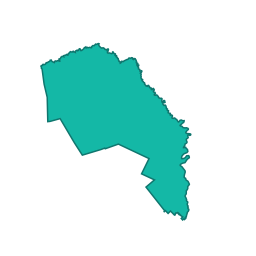 outline of Acuña, Coahuila, Mexico, rotated 46°
{"feature_id": "50627088B18038735195258", "entity_name": "Acuña", "entity_type": "district", "adm_level": 2, "iso_a3": "MEX", "parent_name": "Mexico", "parent_adm1": "Coahuila", "projection": "albers", "projection_center": [-102.149, 29.425], "detail": "fine", "context": "isolated", "style": "filled", "palette": "teal", "viewbox_px": 256, "rotation_deg": 46, "n_neighbors": 0, "source": "geoboundaries", "source_scale": "gbopen_adm2", "svg_char_len": 5635}
<svg xmlns="http://www.w3.org/2000/svg" viewBox="0 0 256 256"><g transform="rotate(46 128 128)"><path d="M183.0,156.1L212.9,159.1L213.4,160.7L213.4,158.5L217.3,158.5L217.3,155.1L222.7,155.1L222.6,154.5L223.1,154.5L222.4,152.4L223.0,152.0L223.0,151.7L223.3,150.9L224.1,150.8L224.3,151.2L224.9,150.9L225.0,151.4L225.8,151.4L225.8,151.0L226.9,151.0L226.8,150.7L228.5,150.7L230.0,150.4L230.0,152.5L232.1,152.6L232.1,151.1L233.1,151.0L233.1,149.1L233.0,148.9L232.3,149.2L232.2,149.0L232.1,148.2L232.3,147.6L231.9,147.2L230.3,144.4L229.9,144.0L229.7,142.2L229.2,141.1L228.5,140.7L228.0,140.9L227.7,140.8L227.1,140.5L227.0,140.0L226.1,139.7L225.9,139.0L224.9,138.9L223.7,138.2L223.3,137.0L222.6,136.4L221.1,136.5L220.4,136.0L220.2,135.6L218.1,134.7L217.0,134.5L216.5,134.1L216.1,133.4L216.1,132.7L215.7,131.7L213.7,129.7L213.5,129.2L213.6,128.4L213.0,127.0L211.6,125.7L211.3,123.3L211.1,122.9L208.5,122.0L207.9,121.9L205.9,122.3L205.4,122.2L204.2,121.5L202.9,121.9L202.4,121.8L200.9,120.0L199.4,117.4L198.4,116.7L193.3,116.1L191.3,116.5L190.8,116.1L190.7,115.3L191.0,113.9L191.4,112.9L192.5,111.1L191.6,106.8L192.0,105.3L191.9,104.5L191.5,104.1L190.5,103.6L190.0,103.6L189.7,103.9L188.7,105.2L189.1,107.1L188.9,108.6L187.6,110.5L187.0,110.5L186.5,110.0L185.7,108.9L185.4,106.5L185.6,105.2L186.6,102.8L186.5,101.3L184.7,100.1L182.9,100.3L182.0,99.9L181.7,100.1L181.0,101.5L180.7,101.7L180.2,100.7L180.1,99.4L179.2,98.2L179.5,96.3L179.4,95.7L179.0,95.2L177.6,94.7L176.7,94.0L176.5,93.4L176.8,92.3L176.7,91.4L176.4,91.1L175.5,90.8L174.8,90.2L174.9,89.4L176.2,88.7L176.5,88.2L176.5,87.7L176.1,87.2L175.7,87.2L175.0,87.6L172.7,89.6L171.6,89.7L171.2,89.4L171.0,88.1L170.8,87.3L171.0,85.7L170.6,85.2L169.8,85.1L168.3,85.9L167.6,86.9L166.0,88.1L164.2,88.0L163.1,88.8L162.5,88.9L162.2,88.5L162.4,86.6L162.3,85.5L162.7,84.2L162.1,82.9L161.7,82.5L160.9,83.5L160.3,83.8L159.6,83.9L159.1,84.3L158.6,85.3L158.8,85.8L158.9,86.9L158.6,87.6L156.6,87.3L155.7,87.0L154.4,87.5L153.3,87.4L152.7,88.1L152.6,88.7L151.6,89.4L150.8,88.9L150.5,88.0L150.0,87.8L149.8,87.4L148.9,87.6L148.5,88.0L148.3,88.6L147.7,88.6L147.3,87.7L146.9,87.4L146.1,88.0L144.9,88.5L144.6,88.2L143.9,86.9L143.5,86.8L142.8,87.4L142.4,87.4L141.9,87.2L141.6,86.5L140.3,86.7L140.2,86.4L138.2,85.3L137.6,85.3L137.2,85.4L137.1,86.1L136.9,86.4L135.3,86.4L134.6,85.9L134.3,85.0L134.3,84.7L135.1,84.1L135.3,83.6L133.9,82.7L133.4,82.8L133.1,83.2L133.2,83.8L133.8,84.9L133.7,85.3L133.3,85.6L132.1,85.0L131.0,83.8L130.8,83.3L130.3,83.2L130.0,83.2L128.9,84.3L128.1,84.8L127.5,84.6L127.2,84.8L126.3,84.3L124.3,84.3L124.0,84.6L123.3,85.8L122.6,86.1L122.1,85.7L122.2,84.9L122.0,84.1L120.9,83.9L120.0,84.6L119.7,84.6L119.1,84.1L118.9,83.4L119.0,83.0L118.8,82.6L117.9,82.3L117.2,82.3L117.1,83.0L117.3,83.4L117.0,84.2L116.6,84.5L116.2,84.3L116.0,83.5L115.7,83.4L113.9,84.4L113.6,84.3L113.2,83.8L112.6,83.9L111.8,83.6L111.5,83.7L111.2,84.2L111.5,85.1L111.2,85.3L110.7,85.3L110.4,85.8L110.2,85.8L109.8,85.6L108.1,85.7L107.8,85.5L107.6,85.0L107.1,84.9L106.9,84.7L105.8,85.1L105.1,84.8L104.4,85.0L104.0,84.9L103.7,85.0L103.4,84.5L103.5,84.0L103.3,83.8L102.8,83.9L102.3,84.3L100.8,83.7L100.2,82.8L99.2,82.4L99.0,81.9L98.4,81.1L97.1,81.1L97.0,80.5L97.3,79.8L97.2,79.4L96.9,78.7L96.4,78.4L96.0,78.6L95.7,79.5L95.4,79.9L95.1,79.8L94.4,79.1L94.1,78.9L92.7,79.4L91.8,78.4L90.5,78.4L90.4,78.1L90.7,77.2L90.3,76.6L90.0,76.7L89.7,77.8L88.9,77.9L88.6,77.6L88.8,76.7L88.5,76.2L88.0,76.1L87.4,76.7L86.8,76.7L86.2,75.7L85.4,75.5L84.8,75.0L83.7,75.1L83.3,74.7L82.7,74.9L82.4,75.5L82.6,76.4L82.5,76.6L81.6,76.7L81.5,76.1L80.7,76.0L80.5,76.4L79.8,76.7L79.6,77.9L78.8,78.2L78.3,78.8L78.5,79.9L78.5,80.4L77.8,81.6L77.4,83.1L77.0,84.0L77.0,85.2L75.7,86.1L76.1,86.7L76.2,87.5L76.0,88.6L75.8,88.5L75.3,87.7L74.8,87.6L74.2,88.1L73.8,88.2L73.5,87.8L72.4,87.6L71.2,86.8L70.7,87.2L69.8,86.7L68.8,87.0L68.4,86.2L68.0,86.0L67.6,86.3L67.4,86.8L66.5,86.8L66.4,86.6L66.4,86.0L65.9,85.6L64.6,86.3L62.8,85.9L62.6,86.2L62.7,86.5L63.5,87.1L63.2,88.1L61.0,89.3L60.4,90.1L59.7,90.5L58.9,90.0L59.0,89.3L58.1,87.8L57.8,87.4L57.5,87.3L56.9,88.0L57.2,89.0L57.0,89.3L56.5,89.2L55.5,90.0L54.6,89.7L54.0,89.8L53.6,90.1L53.1,90.1L52.1,91.5L51.3,91.7L49.8,91.8L48.3,91.6L47.6,91.1L47.4,90.3L46.8,90.5L46.5,90.9L46.1,92.4L45.7,92.6L45.5,93.0L45.1,93.1L45.3,95.1L44.3,96.0L44.2,97.4L44.9,98.4L44.5,99.0L43.8,99.1L43.3,99.6L42.9,100.5L42.4,101.0L41.9,101.4L41.5,101.4L41.7,101.7L41.5,102.3L41.1,102.6L40.3,102.5L40.4,102.8L40.0,103.2L39.9,103.8L40.2,104.4L40.2,105.2L40.2,106.6L39.9,107.1L40.0,107.6L39.5,108.2L38.0,107.5L37.5,107.6L37.2,108.0L37.8,109.8L37.4,110.6L37.0,110.5L36.6,110.5L36.6,111.3L36.2,112.0L36.2,112.6L36.4,113.1L36.9,113.4L36.3,113.6L35.9,114.1L34.8,114.0L34.6,114.4L34.8,114.9L34.7,115.2L34.2,115.6L34.0,115.9L33.0,116.4L33.0,116.8L33.2,117.2L33.1,118.6L33.4,118.9L33.1,119.7L33.8,120.7L33.5,120.9L32.7,120.9L32.4,121.1L32.3,121.9L32.4,122.4L31.6,123.3L31.3,124.0L31.4,124.7L31.9,124.8L30.7,125.6L30.7,126.7L30.5,126.9L31.1,128.7L30.4,129.6L30.5,129.8L31.1,129.9L31.2,130.5L31.9,130.3L32.5,130.5L32.2,131.1L31.8,131.0L31.2,131.1L30.5,132.1L30.3,133.2L29.6,133.4L29.2,133.8L29.2,134.9L29.7,135.2L29.8,135.6L27.5,136.4L26.3,136.3L25.9,136.0L25.2,136.8L25.6,137.6L25.5,138.5L25.1,139.4L25.1,140.0L24.8,140.6L24.8,141.1L24.3,141.3L24.2,141.5L24.5,142.1L24.7,143.3L24.5,143.9L23.9,144.2L23.7,144.7L23.2,144.9L23.2,145.3L23.6,146.0L22.9,146.9L22.9,147.3L23.2,147.8L23.8,147.8L24.8,148.8L25.5,148.8L26.1,149.0L38.2,157.9L49.8,164.8L67.7,181.3L69.1,179.5L74.1,170.3L101.3,176.8L115.8,179.7L124.7,162.4L126.3,158.7L127.1,158.8L132.9,146.1L164.6,134.1L170.4,150.1L183.7,145.0L183.0,156.1Z" fill="#14b8a6" stroke="#0f766e" stroke-width="1.5"/></g></svg>